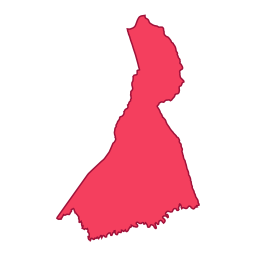 outline of Mansidão, Bahia, Brazil
{"feature_id": "56859067B73862657057037", "entity_name": "Mansidão", "entity_type": "district", "adm_level": 2, "iso_a3": "BRA", "parent_name": "Brazil", "parent_adm1": "Bahia", "projection": "natural_earth1", "projection_center": [-44.116, -11.041], "detail": "fine", "context": "isolated", "style": "filled", "palette": "rose", "viewbox_px": 256, "rotation_deg": 0, "n_neighbors": 0, "source": "geoboundaries", "source_scale": "gbopen_adm2", "svg_char_len": 5908}
<svg xmlns="http://www.w3.org/2000/svg" viewBox="0 0 256 256"><path d="M127.3,28.9L127.8,31.4L128.2,32.3L128.6,34.1L129.6,36.5L130.8,40.6L132.2,44.5L133.4,48.5L135.5,54.8L138.0,63.9L138.7,66.9L139.2,68.5L139.5,69.8L138.7,70.1L137.6,70.3L137.1,70.8L137.2,72.5L137.1,73.4L137.1,74.1L136.6,74.7L134.1,75.2L133.0,76.7L133.2,77.8L133.0,80.0L132.9,80.9L132.0,82.7L131.9,84.0L132.0,85.7L132.4,86.6L132.7,88.7L132.4,89.7L131.7,90.7L131.1,91.2L130.8,91.9L130.9,93.0L130.6,95.1L131.1,95.9L130.9,96.6L131.3,98.3L130.7,99.2L130.5,100.9L129.4,101.9L128.8,103.1L128.5,104.4L127.6,105.0L127.9,106.0L128.0,107.1L127.6,108.0L127.2,108.5L126.5,108.7L125.1,109.7L124.4,111.2L123.9,111.7L124.1,112.4L124.0,113.3L123.6,114.5L122.5,115.9L121.6,116.4L120.7,116.7L120.0,117.0L119.6,117.9L119.5,119.1L117.6,121.7L117.3,122.8L116.7,124.0L116.0,125.2L116.3,126.3L115.1,128.1L114.9,129.2L114.8,130.3L114.4,132.3L114.6,134.3L115.3,136.5L115.1,137.4L115.6,138.1L115.7,139.3L115.4,140.4L114.3,142.2L113.0,143.3L110.6,149.0L109.2,152.1L104.8,158.2L103.7,159.5L101.3,161.5L91.4,170.8L88.5,173.6L87.4,175.0L57.2,217.4L56.9,218.3L57.9,219.0L58.9,219.3L59.9,219.1L60.6,219.2L61.3,219.0L61.3,218.1L61.9,217.8L62.2,217.1L62.7,216.2L63.3,215.5L63.5,214.7L64.2,215.1L65.0,215.1L65.7,215.0L66.3,214.5L67.1,214.3L69.2,214.5L69.9,213.7L70.6,212.2L71.4,211.4L71.5,210.5L71.3,209.7L71.9,209.3L72.6,209.1L73.2,208.5L73.9,209.0L74.2,209.7L74.3,210.7L74.9,211.7L75.0,212.8L76.0,213.2L76.6,214.2L77.4,214.8L77.7,215.6L78.7,216.6L78.6,217.3L78.9,217.9L78.6,218.8L79.1,219.4L79.2,220.6L79.1,222.1L79.9,222.4L80.2,221.8L81.1,221.3L81.2,222.1L81.8,223.0L81.6,224.5L82.0,226.0L82.9,225.7L83.0,226.6L82.7,227.3L82.1,228.1L84.5,229.4L85.2,228.7L85.8,228.7L86.6,229.1L87.4,228.6L88.0,230.4L88.1,231.1L87.8,231.8L88.8,233.0L89.3,234.1L89.1,235.2L89.2,236.9L88.1,236.7L88.4,238.6L88.9,239.6L89.7,239.9L90.2,240.6L90.8,239.7L90.5,239.0L91.1,238.3L92.3,238.5L93.3,239.4L94.2,239.3L94.4,238.5L95.0,238.1L95.8,238.5L96.5,238.2L96.9,237.4L97.6,237.2L97.9,238.2L98.6,238.7L99.1,237.8L100.2,236.8L100.6,235.6L101.4,235.6L101.8,237.7L102.6,236.1L103.5,235.5L104.3,236.0L104.8,236.6L105.4,237.0L106.5,236.8L106.7,235.3L107.7,234.0L108.9,233.0L110.0,232.9L110.9,235.3L111.8,235.3L112.7,233.3L113.0,232.7L113.9,232.0L114.2,230.8L115.0,230.7L114.9,232.6L115.8,234.2L117.0,234.7L117.7,233.9L117.9,233.1L118.5,232.2L120.9,232.5L121.4,231.9L121.5,231.2L121.5,230.2L122.6,230.5L123.2,231.2L123.8,231.4L125.3,230.0L125.5,230.8L126.1,231.4L126.8,231.6L127.5,231.1L128.0,230.5L129.9,227.1L130.7,227.3L131.3,226.6L131.3,225.2L133.2,226.1L133.8,226.6L134.7,226.6L135.9,227.0L137.0,227.0L137.7,226.1L137.6,225.2L137.0,224.5L136.2,223.8L136.4,222.6L137.2,222.2L138.3,222.6L139.2,223.3L140.9,223.5L141.5,223.3L142.4,222.6L143.4,222.7L143.7,223.3L143.9,224.1L144.7,224.0L145.2,223.5L145.5,222.8L146.0,223.2L147.1,224.8L147.4,225.5L147.5,226.2L148.0,227.2L148.9,227.2L149.6,226.9L150.8,224.8L151.5,224.7L152.3,225.0L153.2,225.4L153.8,226.1L154.2,227.0L155.1,228.2L155.8,228.5L156.3,228.0L156.2,227.2L155.3,224.5L155.1,223.5L155.9,222.7L156.7,223.2L157.1,223.8L157.6,224.3L158.5,224.2L159.0,221.3L160.4,220.4L161.4,220.6L162.0,221.2L162.6,222.1L163.6,223.1L164.2,222.5L164.8,221.7L165.1,220.8L164.7,219.6L162.7,217.7L162.7,216.8L163.6,216.0L165.2,215.9L166.1,216.1L167.7,217.6L168.3,217.1L168.2,216.2L167.9,215.2L167.3,214.5L166.3,214.6L165.5,214.0L165.8,212.7L167.2,211.4L168.1,211.3L170.8,212.0L172.2,211.7L173.2,209.7L173.8,208.9L174.4,208.6L175.9,208.6L176.3,209.2L176.6,209.9L177.2,210.4L178.2,210.3L178.9,209.5L178.4,208.2L178.9,206.5L179.4,205.7L179.3,204.7L179.7,204.0L180.5,204.4L181.2,206.1L181.3,207.6L181.8,208.6L182.4,207.8L183.2,207.7L185.8,208.5L186.7,208.4L187.4,207.9L188.3,206.7L189.0,206.1L190.0,206.3L190.7,206.7L191.2,207.7L192.8,208.7L193.6,208.9L194.4,208.4L194.9,207.7L195.3,207.0L196.0,207.1L197.0,206.9L196.5,206.4L196.6,205.6L197.4,205.7L199.1,205.0L198.9,203.9L198.5,203.4L198.2,202.7L198.1,201.4L197.8,200.1L195.7,196.7L195.1,194.4L194.4,193.2L194.1,192.2L194.0,191.3L192.6,188.6L192.2,187.6L192.3,186.5L191.5,184.5L191.1,181.5L190.5,180.4L190.6,179.4L190.3,178.1L189.5,176.1L188.7,175.0L188.5,172.7L188.3,171.8L187.4,169.6L187.0,168.8L186.2,165.0L185.4,162.5L185.0,160.7L184.2,159.4L183.7,158.4L183.4,156.9L183.2,155.6L182.7,154.3L182.5,153.2L181.9,151.2L182.3,149.9L182.3,149.0L181.2,146.6L181.1,144.7L180.8,143.8L179.6,142.6L179.3,141.6L179.5,140.3L178.5,138.2L178.0,137.6L176.5,136.7L176.1,135.7L173.7,133.3L172.9,132.1L171.5,130.6L170.0,128.6L169.2,127.2L167.0,124.1L166.1,122.1L165.8,121.0L165.3,119.9L163.3,117.6L162.6,117.3L162.4,116.2L161.9,115.4L161.6,114.4L160.5,113.0L159.9,111.2L159.2,109.7L157.2,106.6L157.3,105.8L158.6,104.6L159.2,103.1L161.3,101.9L163.8,102.2L164.7,101.2L165.6,100.4L166.5,100.1L168.3,100.0L169.1,99.8L169.9,100.3L170.4,100.7L171.6,100.0L172.5,98.8L173.9,97.3L174.5,96.5L175.2,94.5L176.1,94.0L177.8,93.7L178.7,92.9L179.1,92.0L179.2,91.2L179.4,90.2L179.1,87.8L179.3,86.7L180.1,86.1L181.1,85.7L181.6,84.7L182.1,83.2L182.5,82.6L183.9,81.9L183.7,80.9L182.1,79.2L181.1,78.3L180.5,77.5L180.2,76.6L179.8,74.4L179.9,73.7L179.8,72.7L179.6,71.8L179.9,70.7L180.8,69.9L182.3,69.0L182.6,68.3L182.6,67.6L182.3,66.6L181.4,64.9L180.7,63.9L180.0,63.5L179.8,62.8L180.2,62.0L179.9,60.8L179.9,59.6L178.3,57.4L178.1,56.4L177.2,54.4L177.5,53.4L177.1,52.3L176.5,51.8L176.2,51.1L175.7,48.4L175.3,47.1L174.3,45.2L173.5,44.4L173.2,43.4L171.6,42.3L170.8,40.5L168.9,38.0L167.8,37.0L166.3,36.5L165.2,35.5L164.5,34.7L164.1,33.7L164.0,31.4L163.7,30.7L163.5,29.8L163.6,29.1L163.4,28.4L162.9,27.7L162.3,27.2L160.9,27.1L158.8,27.2L157.1,26.1L154.7,25.7L152.7,24.9L150.1,23.3L149.3,22.3L148.4,20.1L147.9,19.5L146.8,18.7L145.9,18.3L145.4,17.8L145.0,16.7L145.0,15.4L141.1,16.0L139.6,16.8L139.0,17.4L138.2,18.7L137.4,20.3L135.7,24.9L135.2,25.9L134.6,26.8L133.9,27.3L132.9,28.0L130.0,29.1L128.5,29.1L127.3,28.9Z" fill="#f43f5e" stroke="#9f1239" stroke-width="1.5"/></svg>